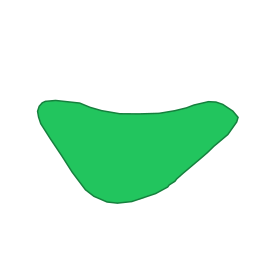 Satawal, Federated States of Micronesia, rotated 216°
{"feature_id": "79324940B29452408429398", "entity_name": "Satawal", "entity_type": "district", "adm_level": 2, "iso_a3": "FSM", "parent_name": "Federated States of Micronesia", "parent_adm1": "", "projection": "robinson", "projection_center": [147.031, 7.38], "detail": "fine", "context": "isolated", "style": "filled", "palette": "green", "viewbox_px": 256, "rotation_deg": 216, "n_neighbors": 0, "source": "geoboundaries", "source_scale": "gbopen_adm2", "svg_char_len": 650}
<svg xmlns="http://www.w3.org/2000/svg" viewBox="0 0 256 256"><g transform="rotate(216 128 128)"><path d="M111.5,158.1L127.6,145.7L143.0,134.7L159.6,126.5L170.9,122.4L181.7,119.8L202.8,107.7L210.5,101.0L212.2,97.9L212.6,93.4L211.0,88.4L206.8,84.3L201.1,80.2L184.6,73.7L165.3,66.6L147.0,59.4L126.1,53.0L115.4,52.7L101.5,55.8L92.4,61.0L81.7,70.7L73.5,82.2L67.1,91.2L61.2,103.6L61.2,106.2L58.7,112.6L58.7,115.4L56.8,124.0L50.7,148.8L49.1,155.9L47.8,163.7L44.3,177.8L43.4,181.3L43.6,196.7L45.2,201.3L53.1,203.3L65.2,202.8L72.1,200.7L78.4,196.6L88.2,185.3L92.5,178.7L100.3,169.5L111.5,158.1Z" fill="#22c55e" stroke="#15803d" stroke-width="1.5"/></g></svg>